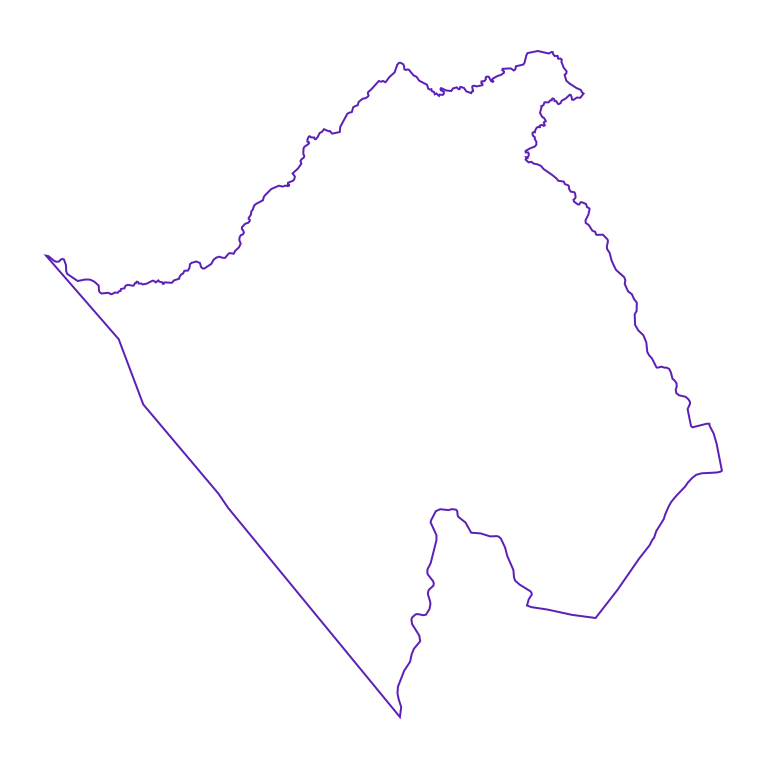 outline of Mandimba, Niassa, Mozambique
{"feature_id": "85939544B48761792497071", "entity_name": "Mandimba", "entity_type": "district", "adm_level": 2, "iso_a3": "MOZ", "parent_name": "Mozambique", "parent_adm1": "Niassa", "projection": "mercator", "projection_center": [35.973, -14.23], "detail": "fine", "context": "isolated", "style": "outline", "palette": "violet", "viewbox_px": 768, "rotation_deg": 0, "n_neighbors": 0, "source": "geoboundaries", "source_scale": "gbopen_adm2", "svg_char_len": 5988}
<svg xmlns="http://www.w3.org/2000/svg" viewBox="0 0 768 768"><path d="M691.0,426.0L687.6,409.1L690.1,403.6L689.8,401.5L688.4,399.3L685.6,396.8L679.0,395.3L676.3,393.1L675.7,389.8L676.7,386.6L676.6,383.4L674.6,380.5L672.5,378.7L670.8,372.2L669.2,369.0L666.8,367.7L664.6,367.7L661.6,366.7L657.4,367.7L656.5,367.4L652.0,358.5L649.2,355.4L647.3,352.0L646.3,342.4L643.4,335.3L638.2,330.3L635.1,324.9L634.7,314.3L636.6,311.0L636.8,302.6L634.0,299.0L631.9,294.2L628.2,291.5L627.4,289.9L624.7,283.9L625.3,280.1L624.2,277.2L616.1,270.0L613.6,265.1L611.5,260.3L609.6,252.8L607.2,249.2L606.8,246.4L608.0,241.4L607.5,239.4L602.9,234.7L597.1,234.9L596.1,234.5L595.2,231.8L592.3,230.6L588.8,225.1L585.7,222.9L585.5,220.3L588.4,214.6L589.6,209.0L588.9,208.0L587.1,207.2L586.0,204.0L581.8,202.2L580.6,202.3L579.1,204.6L577.8,204.4L574.0,201.6L573.5,199.7L575.2,198.3L575.6,197.2L575.1,193.4L574.2,192.2L570.7,191.6L569.1,188.9L568.8,186.0L567.9,185.1L565.0,184.2L563.7,181.6L558.2,180.7L556.4,178.4L552.0,174.8L543.5,169.0L541.1,166.0L537.7,164.4L533.7,163.6L531.4,161.8L528.6,162.4L525.6,159.6L525.9,158.5L527.2,158.2L526.3,157.2L527.3,157.2L528.5,156.3L528.8,154.0L528.2,152.5L525.7,152.4L525.5,151.0L529.6,148.6L534.8,146.5L536.3,144.8L536.4,141.7L534.7,139.0L534.9,137.4L532.9,135.6L532.4,133.2L533.7,132.0L534.9,132.3L535.3,130.2L536.6,127.8L537.6,127.1L539.9,127.1L539.7,125.8L540.7,125.2L541.9,124.9L543.7,125.9L544.7,125.4L543.8,122.4L545.8,121.1L544.3,118.3L542.1,116.8L540.0,112.8L541.5,107.3L541.2,106.3L543.4,105.2L544.5,102.3L548.7,102.3L550.1,100.4L551.7,100.3L552.1,98.8L552.9,98.4L554.2,99.3L554.6,101.1L556.3,101.2L557.9,103.8L558.7,104.1L560.6,103.1L561.7,100.7L565.6,98.6L569.8,94.7L570.7,95.0L571.5,96.6L572.0,99.6L573.4,99.9L576.8,97.6L580.4,97.7L583.6,93.5L582.0,92.3L580.9,90.0L576.4,88.0L569.5,83.5L566.3,80.7L564.6,74.8L566.2,73.6L566.6,71.3L563.7,67.7L561.4,61.8L561.8,59.7L560.3,58.5L558.7,58.8L557.9,58.3L557.8,56.2L557.2,55.8L554.8,56.1L553.2,54.3L552.7,52.1L551.6,52.0L548.9,53.5L537.7,51.0L527.5,53.1L526.4,55.2L524.5,62.8L523.4,64.5L515.9,66.3L515.4,69.2L513.9,70.5L510.8,68.4L502.7,68.8L502.2,70.0L504.0,71.5L503.9,72.8L500.8,75.0L497.7,75.9L492.8,78.6L492.1,79.7L493.3,81.4L492.8,81.9L491.1,81.1L488.7,76.7L486.6,76.6L485.7,77.4L485.8,79.4L484.4,81.1L481.5,81.4L481.3,82.9L482.4,83.8L482.4,85.2L476.6,86.4L474.3,85.7L472.6,86.0L472.2,87.0L473.1,91.1L471.8,91.7L471.2,93.1L466.4,91.4L464.0,88.0L461.2,87.0L460.4,86.9L459.6,89.1L458.6,89.2L456.8,87.4L453.2,88.3L451.2,91.0L446.3,90.5L441.1,88.1L440.5,89.0L440.8,90.2L443.9,91.9L443.8,93.9L442.7,94.9L439.7,94.6L439.0,95.9L436.5,93.5L434.8,94.3L434.0,92.0L431.9,91.2L431.4,89.2L429.9,89.6L428.2,88.6L427.0,84.7L419.2,80.7L416.6,76.9L413.5,75.3L408.8,69.7L407.4,69.4L406.1,70.0L404.4,69.4L404.0,65.7L402.9,64.0L400.2,62.7L399.0,62.9L397.3,64.6L394.6,72.4L389.3,77.1L385.9,81.8L385.1,82.2L383.1,81.0L381.0,81.7L378.8,81.0L370.8,89.9L368.2,92.0L367.8,93.4L368.6,95.5L368.1,96.3L365.9,98.1L362.7,98.7L359.4,101.3L358.5,102.3L357.7,105.3L355.5,105.9L353.2,107.3L351.8,112.1L348.9,112.8L347.3,113.8L340.3,126.8L339.8,132.0L332.1,133.6L329.9,131.0L328.8,131.3L324.0,129.2L322.0,131.8L319.7,133.0L317.6,137.1L315.9,139.0L314.8,139.1L314.1,137.5L311.1,137.4L309.5,136.2L308.6,136.9L307.5,139.4L307.4,141.7L308.5,141.9L309.1,143.0L308.5,144.0L304.4,146.8L303.5,148.6L303.3,153.8L304.3,156.1L303.7,157.7L301.5,159.3L300.5,161.0L301.3,163.6L301.0,164.2L297.9,168.6L292.6,173.4L294.9,176.5L294.2,179.4L293.0,180.7L288.0,182.8L288.0,184.3L289.1,184.8L289.0,185.8L287.3,186.1L285.9,185.5L282.7,186.6L278.9,185.7L271.3,189.0L264.9,195.4L263.8,197.0L262.9,200.3L256.2,203.8L254.1,205.6L252.7,209.8L251.3,211.4L251.0,214.5L248.6,218.1L248.7,218.8L249.8,219.8L249.8,220.9L248.2,222.8L245.3,223.7L242.0,227.1L241.9,229.1L243.2,230.5L243.9,232.6L242.9,234.4L240.8,235.2L239.6,237.3L239.3,240.1L240.7,243.6L239.0,247.3L235.2,250.8L233.7,253.7L229.8,253.1L228.6,253.6L225.1,257.9L222.1,257.7L219.4,256.7L216.3,257.6L213.6,259.7L211.3,263.9L204.5,268.4L203.1,268.6L201.2,267.3L199.9,263.0L196.3,261.5L191.5,262.9L190.0,264.2L189.4,268.2L187.9,270.6L184.4,270.8L183.0,273.6L181.5,274.3L179.9,276.1L179.0,278.8L174.1,280.3L171.9,282.8L164.7,282.4L164.0,282.7L163.6,283.9L162.9,283.9L162.2,282.3L159.4,281.7L158.3,280.4L155.8,282.4L153.7,280.8L152.5,280.7L146.6,283.7L142.8,284.4L141.4,283.6L138.6,283.5L138.1,282.1L136.6,281.7L135.9,283.1L134.8,283.3L133.9,285.4L132.4,285.7L127.9,284.8L125.9,285.6L124.9,286.8L124.5,288.3L121.0,289.0L120.5,291.0L119.1,291.2L117.7,292.8L114.8,292.5L112.0,294.1L110.5,294.1L109.8,293.3L107.7,292.8L101.7,293.5L100.1,292.6L99.0,291.0L98.7,285.6L94.5,281.8L90.8,279.9L88.4,279.5L85.3,279.5L77.7,281.0L67.2,273.9L66.2,271.3L66.0,265.2L64.0,259.6L62.4,258.9L60.6,259.7L59.0,261.5L56.1,261.8L53.5,260.4L48.6,256.2L46.1,255.7L118.7,339.2L143.3,404.5L218.5,493.7L228.2,508.0L399.9,717.0L401.2,707.1L398.6,699.0L397.5,693.4L397.9,686.8L404.2,670.7L410.1,661.7L411.6,654.5L413.9,648.8L420.2,641.2L419.3,635.6L412.1,624.1L411.4,619.6L412.1,617.5L415.3,614.6L417.4,614.0L423.1,615.2L426.0,614.7L429.5,609.0L430.4,604.2L430.2,601.7L427.9,594.3L428.1,591.8L428.9,589.7L433.4,585.7L433.8,583.4L433.1,581.2L427.6,574.2L427.3,571.8L427.5,569.4L430.7,563.0L436.4,540.4L436.5,535.3L430.6,522.4L431.1,520.2L435.8,511.2L440.2,509.2L448.4,510.1L452.2,509.1L456.0,509.7L457.2,511.0L457.7,515.6L458.4,516.9L465.5,522.5L471.2,532.7L480.6,533.4L490.2,536.4L496.9,536.1L499.0,536.8L500.9,538.6L505.1,547.6L507.2,555.8L513.4,570.0L514.0,577.3L515.1,580.6L519.6,584.6L530.3,591.2L531.4,592.6L531.8,594.5L528.7,599.4L527.0,605.5L531.3,607.1L547.1,609.5L572.2,614.9L595.6,618.0L617.4,590.0L639.1,558.6L649.5,545.4L652.7,539.2L654.0,537.9L656.3,531.0L663.7,519.2L665.4,513.9L668.9,506.0L671.3,501.8L676.9,495.1L685.1,486.6L687.8,482.7L691.9,478.2L696.2,474.8L701.7,473.3L716.8,472.5L720.5,471.7L721.9,470.7L716.5,443.2L713.6,433.4L709.7,426.0L709.4,423.8L706.9,423.7L692.5,427.3L691.0,426.0Z" fill="none" stroke="#5b21b6" stroke-width="2"/></svg>